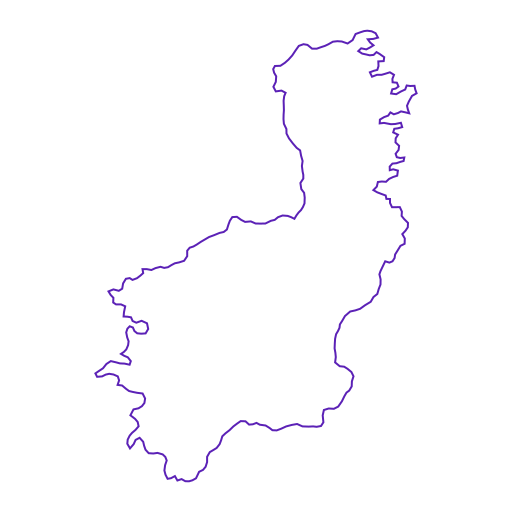 Baldim, Minas Gerais, Brazil
{"feature_id": "56859067B61909970390541", "entity_name": "Baldim", "entity_type": "district", "adm_level": 2, "iso_a3": "BRA", "parent_name": "Brazil", "parent_adm1": "Minas Gerais", "projection": "albers", "projection_center": [-43.86, -19.246], "detail": "fine", "context": "isolated", "style": "outline", "palette": "violet", "viewbox_px": 512, "rotation_deg": 0, "n_neighbors": 0, "source": "geoboundaries", "source_scale": "gbopen_adm2", "svg_char_len": 4845}
<svg xmlns="http://www.w3.org/2000/svg" viewBox="0 0 512 512"><path d="M375.6,33.2L371.7,31.3L367.3,30.7L364.0,31.1L360.3,32.3L355.6,34.0L352.6,40.1L347.6,43.5L341.8,41.5L337.3,41.2L332.9,41.7L328.3,44.3L324.9,45.9L320.6,47.3L316.7,48.7L312.1,48.7L307.5,44.9L303.5,44.2L298.8,45.9L295.4,50.7L292.2,55.5L288.5,59.6L284.9,62.8L280.4,65.8L274.9,66.0L273.2,69.1L274.1,72.7L276.2,76.3L275.8,81.9L273.4,86.8L275.8,91.4L281.5,90.6L285.6,92.8L284.2,96.1L283.6,100.8L283.8,106.1L283.9,110.2L283.6,114.6L283.5,119.1L283.9,123.8L286.4,129.0L286.5,133.5L289.0,138.4L292.9,143.5L296.7,147.9L300.1,150.4L301.1,155.8L302.6,161.0L301.9,166.0L302.6,171.5L303.3,174.9L303.3,178.6L300.4,183.0L301.3,189.1L304.1,192.8L304.7,197.6L304.5,203.4L302.9,207.1L301.0,210.1L298.6,212.5L296.5,215.3L294.4,218.8L291.0,217.1L287.7,215.9L282.6,215.5L278.0,217.2L274.7,219.9L270.9,220.8L265.4,223.5L260.3,223.6L255.6,223.5L250.8,221.4L245.1,221.9L241.2,219.9L236.9,216.8L232.3,217.1L229.9,220.7L228.5,224.4L226.9,229.5L223.7,232.0L219.6,232.9L214.0,235.2L209.1,237.0L205.0,239.4L200.9,241.8L196.7,244.6L193.4,246.5L189.7,247.7L187.2,250.7L187.2,256.2L184.1,260.8L179.1,262.4L174.8,263.3L171.4,265.1L168.0,267.2L164.2,267.9L160.5,266.8L155.5,268.1L151.4,270.0L146.6,269.1L142.5,269.1L143.2,273.1L140.4,275.6L137.0,278.2L132.5,279.9L129.7,278.1L125.9,278.8L123.1,283.4L122.2,288.7L118.8,290.8L113.4,289.4L108.5,291.4L110.7,295.0L113.4,297.8L113.2,302.5L116.0,304.4L121.0,304.4L125.2,306.3L124.0,312.1L123.6,316.5L127.4,316.7L131.0,317.3L132.6,321.0L136.3,322.7L141.6,320.8L147.0,323.3L148.2,329.0L145.6,333.4L141.3,333.7L137.2,333.3L134.4,331.0L132.9,327.5L129.7,326.3L127.4,328.7L126.2,332.4L127.2,337.4L128.6,341.3L128.1,345.2L126.3,349.4L123.8,352.0L121.0,353.9L124.2,355.8L127.8,357.3L130.8,361.1L129.6,364.7L124.5,363.6L119.9,363.4L116.3,362.4L110.8,361.1L106.4,364.0L103.0,368.3L99.5,370.6L95.4,373.4L97.1,376.8L102.1,376.4L105.7,374.6L109.2,373.8L113.5,374.5L117.8,376.4L119.1,380.4L117.6,384.9L122.1,385.5L126.0,388.8L129.0,391.0L132.6,391.9L137.1,392.8L142.6,393.5L145.1,398.5L144.4,403.0L141.9,406.2L138.5,408.3L133.5,409.4L130.4,415.3L135.1,418.9L137.7,422.0L138.6,426.3L135.5,429.9L132.0,432.9L129.7,435.6L127.7,439.6L127.3,443.7L130.0,448.4L133.7,444.1L135.6,439.9L139.6,437.8L143.2,441.8L144.1,445.7L145.5,449.7L148.7,453.2L153.3,453.5L157.5,452.9L162.7,454.4L165.3,456.9L166.7,460.5L165.1,465.2L164.4,470.5L165.5,474.7L167.6,478.8L171.0,478.2L174.9,476.1L177.4,480.5L181.6,479.1L185.3,481.2L189.0,481.3L192.4,480.3L196.0,478.3L197.5,475.2L199.1,471.8L203.0,469.9L205.6,466.8L207.1,462.1L207.1,456.8L209.8,452.1L213.2,450.1L216.6,448.0L219.6,444.2L221.1,440.3L222.3,436.3L225.5,433.3L229.5,430.2L233.4,426.4L237.1,423.6L240.7,421.1L245.5,421.3L249.1,424.6L252.8,424.3L256.5,422.9L259.8,424.7L265.6,425.5L269.6,428.0L272.4,430.2L276.7,430.4L281.2,428.7L286.2,426.4L291.9,424.9L297.1,424.0L302.5,426.4L308.7,426.6L313.2,426.4L316.6,426.8L321.0,426.0L323.4,422.3L322.7,415.4L323.9,410.0L328.7,408.5L333.9,408.8L338.2,406.6L341.9,401.3L344.4,396.2L346.5,392.6L349.2,390.6L351.7,386.4L351.9,381.3L353.5,376.3L351.4,372.0L347.5,368.8L344.2,366.7L339.7,366.2L335.1,362.4L335.8,357.1L335.4,352.9L334.6,348.4L334.8,343.6L335.1,338.8L336.1,334.2L338.0,331.0L339.5,327.8L339.9,324.4L342.1,321.0L345.0,316.0L350.2,311.5L355.3,310.4L360.1,308.8L365.1,305.2L370.7,301.8L373.5,297.0L377.3,294.0L378.7,289.1L380.5,284.5L380.6,279.4L379.4,274.3L380.5,271.1L382.6,266.7L385.2,261.3L389.4,262.6L392.5,261.3L394.6,258.0L395.1,254.5L397.1,251.3L400.5,245.8L404.6,243.8L404.8,238.5L402.3,234.1L405.5,230.7L407.8,227.3L408.0,222.9L404.1,219.0L401.6,215.9L401.9,211.6L399.8,207.1L395.5,207.2L392.0,207.2L390.0,202.9L390.0,199.0L386.4,198.9L385.7,195.5L381.6,194.0L377.2,192.3L373.4,190.1L376.8,186.6L377.9,182.0L381.8,181.5L386.0,181.8L389.1,178.9L393.1,177.0L397.2,175.7L397.9,170.6L393.2,169.3L389.8,170.2L389.7,166.6L392.4,163.6L396.5,163.2L400.2,161.9L403.6,161.0L404.3,157.5L400.2,158.0L396.8,157.2L395.6,153.8L398.6,149.9L399.1,145.8L395.5,142.4L395.7,138.3L398.0,134.7L393.2,132.4L394.3,128.8L397.9,128.3L402.2,127.1L400.9,122.8L395.2,124.0L390.9,124.2L387.7,123.6L384.0,122.9L379.7,123.4L379.9,119.6L384.1,117.1L388.2,115.6L390.4,112.4L393.8,114.3L398.0,113.0L401.0,111.4L405.2,112.3L409.2,113.3L407.9,109.6L407.0,105.8L408.8,101.6L412.0,95.9L416.6,93.3L415.2,89.4L414.5,85.8L410.2,86.0L406.7,85.5L405.2,89.5L401.1,91.4L396.2,94.2L391.1,93.5L392.3,89.3L395.6,88.6L398.5,86.5L396.9,82.7L392.6,82.3L392.4,78.9L394.0,74.8L389.9,72.3L384.8,73.9L381.6,74.8L377.0,74.8L372.0,76.7L369.9,72.3L373.8,70.8L377.3,69.9L378.5,66.1L378.3,61.4L383.7,61.1L384.2,57.2L379.7,54.0L376.5,52.1L373.6,54.9L369.7,55.3L366.3,54.5L362.2,53.6L358.3,51.1L361.2,48.3L366.3,49.4L370.0,47.5L373.5,45.3L370.1,42.5L367.8,39.3L373.3,38.9L378.0,37.6L375.6,33.2Z" fill="none" stroke="#5b21b6" stroke-width="2"/></svg>